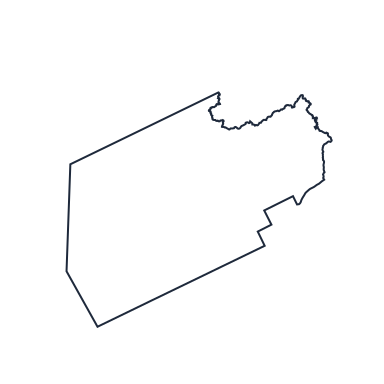 Tehuelches, Chubut, Argentina, rotated 152°
{"feature_id": "61730980B58139732195743", "entity_name": "Tehuelches", "entity_type": "district", "adm_level": 2, "iso_a3": "ARG", "parent_name": "Argentina", "parent_adm1": "Chubut", "projection": "albers", "projection_center": [-71.521, -44.219], "detail": "fine", "context": "isolated", "style": "outline", "palette": "slate", "viewbox_px": 384, "rotation_deg": 152, "n_neighbors": 0, "source": "geoboundaries", "source_scale": "gbopen_adm2", "svg_char_len": 5698}
<svg xmlns="http://www.w3.org/2000/svg" viewBox="0 0 384 384"><g transform="rotate(152 192 192)"><path d="M338.7,117.4L279.2,115.2L200.8,112.2L153.1,110.4L152.5,126.2L137.2,125.9L136.9,141.8L104.8,140.9L105.1,131.7L103.2,131.0L102.0,131.3L100.9,131.9L99.0,133.7L96.9,135.1L94.6,136.4L92.4,137.8L91.2,138.2L87.5,139.1L86.2,139.3L82.3,139.2L81.1,139.3L78.5,139.7L75.9,139.7L72.2,140.5L69.5,140.8L69.6,142.8L69.3,143.1L68.8,143.4L68.6,143.7L68.1,145.2L68.1,145.7L68.1,145.9L66.8,146.9L66.6,147.0L65.9,147.1L65.7,147.2L65.6,147.7L65.6,148.5L65.4,148.9L65.4,149.5L65.1,150.2L63.9,152.1L63.7,152.8L63.6,153.4L63.4,153.7L63.1,154.3L62.6,154.9L62.1,155.5L61.7,155.9L61.2,156.7L61.0,157.8L61.3,158.5L61.3,158.9L61.1,159.2L60.9,159.3L60.7,159.6L60.6,160.3L60.4,161.0L60.0,161.2L59.8,161.5L59.6,162.2L59.1,163.3L58.6,163.9L58.6,164.9L58.5,165.1L58.1,165.4L57.4,165.7L57.2,165.8L57.1,166.4L57.2,167.1L56.9,168.1L56.8,168.4L56.1,169.1L55.7,169.9L55.2,170.2L54.5,171.2L54.1,171.3L52.9,172.0L51.0,172.0L50.5,171.9L50.0,172.2L49.6,172.2L48.6,172.5L47.5,172.4L46.1,171.2L45.4,171.5L44.7,171.7L44.5,171.9L44.3,172.8L44.4,173.5L44.3,173.9L44.0,174.6L44.0,175.0L44.1,175.4L44.6,175.9L45.1,176.8L45.4,178.1L45.2,178.7L44.6,179.6L44.5,179.9L44.6,180.2L45.4,181.2L45.7,180.9L46.0,180.9L47.0,181.7L47.5,182.4L47.9,183.0L48.5,183.9L48.7,184.4L48.8,184.6L49.3,185.2L50.1,185.6L50.6,186.1L50.7,186.4L50.4,187.1L50.8,188.5L50.9,189.1L50.6,189.8L50.5,190.1L50.9,190.2L51.8,190.1L52.3,190.2L53.0,189.8L53.1,190.6L52.9,191.1L52.9,191.3L53.1,191.6L53.1,191.8L52.9,191.8L52.1,191.4L51.5,191.9L50.9,191.9L49.7,192.5L49.7,192.9L50.0,192.9L50.1,193.3L49.9,193.5L49.2,193.9L49.0,194.1L49.0,194.3L49.5,194.6L49.8,195.0L50.0,195.9L49.0,196.4L49.5,197.2L49.9,197.4L49.8,197.8L49.5,198.2L49.4,198.3L49.1,198.3L48.6,198.0L48.4,198.0L47.9,198.1L47.3,198.1L47.3,198.6L46.9,199.1L47.0,199.3L47.7,199.4L48.0,199.6L48.8,199.6L49.5,199.7L50.3,200.2L49.7,200.5L50.1,201.2L50.2,201.4L49.7,202.0L49.6,203.1L49.7,203.4L50.1,203.4L50.2,204.0L50.4,204.3L50.7,205.2L51.0,205.6L51.4,205.9L51.6,206.6L51.6,206.9L51.7,207.6L51.9,208.2L52.1,208.3L52.1,208.6L51.9,208.9L51.9,209.4L52.3,210.2L52.3,210.7L52.1,211.0L51.5,211.2L50.7,212.0L50.4,212.1L49.6,212.0L49.3,212.0L48.9,212.2L48.2,213.2L47.5,213.3L47.0,213.7L46.1,213.6L45.8,214.0L45.8,214.4L46.0,214.7L46.2,215.3L46.4,215.7L46.8,215.9L47.1,216.3L47.0,216.6L46.4,217.0L46.4,217.4L47.1,217.9L47.9,218.2L48.4,218.6L48.5,218.8L48.6,219.0L48.6,219.3L48.2,219.6L48.1,219.9L48.1,220.1L48.2,220.6L48.1,221.4L48.4,221.7L48.9,221.7L50.1,222.3L50.2,222.6L50.2,223.0L49.8,223.8L49.6,224.1L49.3,224.3L49.0,224.5L49.0,225.0L48.8,225.4L48.9,225.6L49.3,225.9L50.4,226.2L50.6,226.2L52.1,225.5L53.0,224.8L53.7,224.5L54.0,224.2L54.3,224.2L54.7,224.6L54.8,224.6L55.0,224.4L55.4,223.5L56.2,223.2L56.8,222.7L58.0,222.8L58.7,222.6L59.1,222.1L60.7,221.1L60.9,220.8L61.1,220.3L61.2,219.6L61.4,219.2L61.8,219.1L62.3,219.1L62.8,219.5L63.0,219.4L63.4,219.4L63.9,219.5L64.1,219.6L64.1,219.9L63.6,220.4L63.6,220.8L63.9,221.9L64.0,222.1L64.2,222.3L65.5,222.7L66.1,223.5L66.6,223.7L67.2,224.2L68.1,224.0L68.6,224.3L68.9,224.2L69.1,223.9L69.6,223.9L69.9,223.6L70.5,223.3L70.7,223.1L70.9,222.7L71.1,222.5L73.3,222.6L73.7,222.4L74.5,223.1L75.3,222.8L76.1,222.7L76.8,222.5L77.3,222.5L78.0,223.6L79.2,223.7L81.1,224.3L82.0,224.3L82.4,224.0L83.5,223.9L83.9,223.5L85.0,222.8L85.5,222.2L86.7,221.9L87.2,221.6L87.4,221.6L88.0,222.1L88.5,222.2L89.2,222.6L89.9,222.6L90.2,222.5L90.8,222.0L92.3,221.3L92.6,220.7L92.8,220.7L94.2,221.7L94.7,222.0L95.6,222.0L97.8,221.4L98.4,220.8L98.5,220.8L99.5,221.1L100.0,221.4L100.2,221.2L100.6,220.9L102.4,220.1L102.8,220.1L103.3,220.4L103.9,221.1L104.3,221.2L104.8,221.0L105.3,221.1L105.3,221.6L105.3,222.0L105.9,222.5L107.0,223.3L106.6,223.8L106.5,224.4L107.5,227.1L108.5,226.0L109.1,226.0L109.4,226.1L109.6,226.5L109.8,227.0L110.5,227.6L111.5,227.9L112.1,227.9L112.3,227.5L112.4,227.2L112.6,227.0L113.0,226.9L114.4,226.8L115.3,226.9L116.2,226.8L116.9,227.0L117.7,226.9L118.3,226.6L118.7,226.2L119.8,225.8L120.4,225.8L121.0,225.9L121.6,226.3L122.0,226.8L122.2,227.6L122.7,228.6L123.0,229.0L123.3,229.1L124.0,229.2L124.6,228.8L125.0,228.6L126.7,229.2L128.2,230.0L129.5,229.6L129.8,229.7L130.0,229.9L130.9,231.4L131.4,232.1L131.8,232.8L132.0,233.3L132.7,233.5L132.9,233.7L133.3,234.5L133.5,234.7L134.2,234.9L135.0,235.5L134.9,235.7L133.8,236.7L133.2,237.0L132.5,237.5L132.4,237.6L132.4,238.1L132.3,238.6L132.0,238.8L131.9,239.0L131.2,239.4L131.3,239.6L130.7,240.1L130.7,240.4L130.7,240.6L130.8,240.7L131.1,240.8L131.4,241.2L131.7,241.0L131.9,241.0L132.2,241.3L132.8,241.4L133.3,241.8L134.4,241.4L135.2,241.8L135.6,242.4L135.6,242.7L135.8,242.9L136.1,243.1L136.6,243.0L137.1,243.4L137.3,243.6L137.6,244.6L137.8,244.7L139.1,245.5L139.7,246.2L139.7,246.9L139.2,247.4L139.4,247.7L139.2,248.4L139.1,249.0L138.5,249.5L138.2,249.8L138.6,250.3L138.9,251.0L138.8,251.4L138.4,251.7L138.3,252.0L138.6,252.5L138.6,253.1L138.5,253.5L137.9,253.7L138.0,254.0L138.0,254.6L139.0,255.6L139.0,255.8L138.8,256.0L138.4,256.4L137.9,256.5L137.1,256.3L137.0,256.7L136.2,257.5L135.4,257.1L135.1,257.6L134.0,257.4L133.1,256.9L132.9,256.6L132.5,256.5L131.9,256.7L130.5,256.7L129.9,257.3L129.7,257.6L129.0,258.0L128.6,257.8L128.4,257.3L127.5,256.9L126.0,256.5L125.9,257.0L126.1,257.5L126.8,258.1L126.8,258.3L126.3,258.6L126.2,258.9L126.2,259.3L126.1,259.5L125.7,259.9L125.1,260.3L125.0,260.7L124.9,260.8L124.2,261.0L124.0,261.3L124.0,261.7L124.6,262.1L124.9,262.5L124.2,262.8L124.4,263.5L124.3,263.8L124.0,264.3L123.4,264.3L122.8,264.6L122.6,264.9L122.5,265.2L122.1,264.7L121.6,265.2L122.1,265.7L121.7,266.6L121.7,267.2L121.9,267.5L225.2,271.3L286.4,273.6L340.0,180.9L338.7,117.4Z" fill="none" stroke="#1e293b" stroke-width="2"/></g></svg>